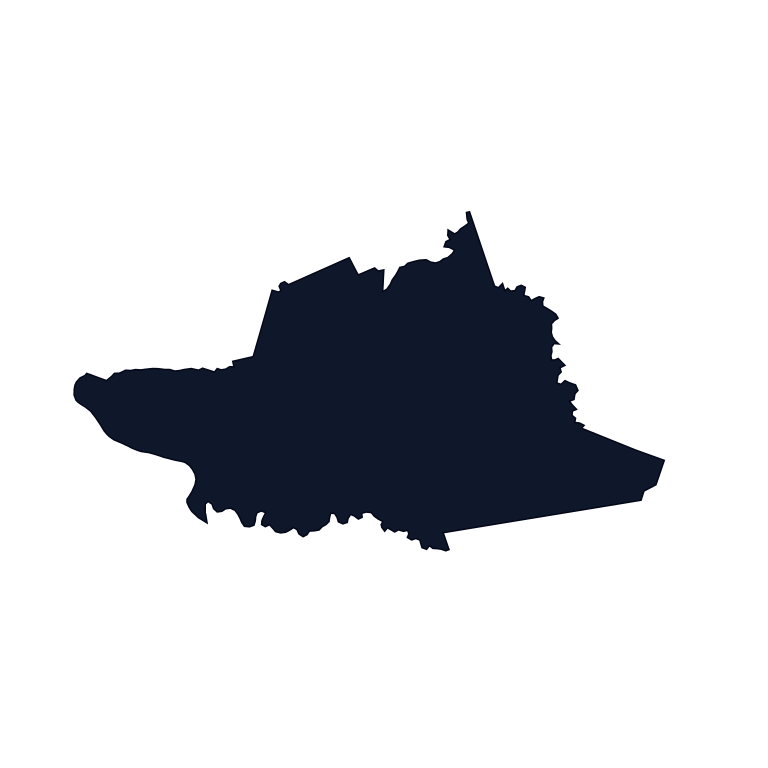 the district of Oberá, Misiones, Argentina, rotated 110°
{"feature_id": "61730980B41869558035533", "entity_name": "Oberá", "entity_type": "district", "adm_level": 2, "iso_a3": "ARG", "parent_name": "Argentina", "parent_adm1": "Misiones", "projection": "equal_earth", "projection_center": [-55.041, -27.479], "detail": "fine", "context": "isolated", "style": "filled", "palette": "ink", "viewbox_px": 768, "rotation_deg": 110, "n_neighbors": 0, "source": "geoboundaries", "source_scale": "gbopen_adm2", "svg_char_len": 4824}
<svg xmlns="http://www.w3.org/2000/svg" viewBox="0 0 768 768"><g transform="rotate(110 384 384)"><path d="M192.9,362.5L194.6,365.2L197.5,363.8L201.0,362.1L203.9,359.4L206.8,361.3L207.5,361.7L211.8,365.0L215.9,366.6L218.8,368.9L217.6,375.0L217.3,376.5L220.2,375.6L222.6,374.9L225.6,371.3L229.0,374.5L232.4,374.5L234.5,374.5L234.3,373.5L233.3,369.5L234.0,363.5L238.1,364.4L243.3,367.2L246.2,371.0L249.9,373.4L252.6,376.8L253.5,381.8L252.8,386.8L255.5,393.0L258.2,397.1L262.4,403.0L266.4,404.9L269.0,409.0L273.3,409.5L277.5,410.2L283.5,411.9L287.8,412.1L293.9,413.7L297.7,416.8L282.1,421.6L276.8,423.2L279.7,428.0L279.8,428.3L278.4,431.7L278.1,432.4L279.6,434.1L287.2,442.2L290.3,445.6L286.3,450.0L277.2,459.9L279.3,462.1L323.3,507.7L322.3,511.0L321.9,512.5L324.8,515.4L328.0,516.0L331.6,512.7L333.7,514.7L334.1,520.6L334.1,521.2L335.2,521.1L358.4,519.4L362.7,519.1L403.0,516.3L414.4,533.9L419.2,530.9L420.5,534.9L421.8,536.0L424.1,537.8L426.4,541.9L426.5,546.0L430.7,547.4L431.0,554.9L431.2,559.9L434.4,562.9L435.4,570.4L438.8,576.9L441.4,580.9L443.4,585.1L443.6,590.2L445.3,594.9L446.9,601.7L448.5,606.5L451.7,613.1L454.0,617.5L455.4,622.4L457.9,626.6L459.4,631.5L464.3,636.3L466.2,641.0L469.9,642.5L475.7,645.9L475.7,658.2L475.6,663.4L475.7,663.8L475.7,666.9L475.7,667.0L476.5,667.3L478.2,667.9L478.4,668.0L482.2,671.7L484.7,672.7L486.3,673.2L486.9,673.7L487.3,673.7L488.5,673.8L490.4,674.0L493.0,673.7L493.5,673.5L495.3,673.2L496.8,672.6L498.8,672.0L500.3,671.5L504.3,668.1L504.6,667.8L505.4,666.1L505.7,665.3L506.1,664.0L506.5,662.6L507.1,660.1L507.6,657.7L507.9,656.4L509.8,650.5L513.9,643.9L518.8,637.2L519.6,636.1L523.7,631.1L525.9,627.3L527.3,624.2L528.8,618.6L529.1,612.7L529.1,611.7L529.3,609.1L529.6,606.3L529.7,604.4L529.8,603.7L530.0,601.9L530.3,600.4L530.5,597.5L530.5,596.2L530.6,594.3L530.6,590.9L530.5,589.6L530.4,588.6L530.2,587.6L529.9,586.3L529.4,583.8L528.9,581.6L528.7,579.1L528.5,576.1L528.3,572.6L528.3,572.3L528.2,569.4L528.2,565.7L527.8,562.6L527.5,559.6L527.5,559.1L527.1,554.9L526.4,550.4L526.3,549.8L525.8,546.4L525.8,543.7L526.2,542.4L527.2,538.9L528.7,536.5L529.6,535.0L529.8,534.8L530.2,534.3L531.1,533.3L533.3,530.8L537.9,528.0L538.7,527.9L542.8,527.2L544.8,527.2L551.0,527.7L555.9,528.7L558.2,529.3L559.6,529.7L562.6,528.7L566.3,525.1L568.6,522.2L569.2,521.4L569.4,521.1L569.8,520.3L571.9,515.3L573.0,512.8L573.8,508.8L574.3,506.7L575.1,502.7L567.1,507.2L566.4,507.9L562.3,509.3L558.1,510.9L557.7,510.7L554.5,509.2L555.8,504.3L558.2,502.5L559.4,501.5L561.3,497.0L559.1,492.8L555.4,490.1L553.4,486.2L553.2,486.0L553.7,480.8L556.4,476.7L559.6,473.2L562.9,470.2L563.6,469.1L565.5,466.5L564.2,461.5L561.2,457.9L557.0,458.1L555.2,458.5L552.7,459.2L548.5,459.3L547.2,457.9L545.3,455.9L545.4,451.2L549.5,451.7L553.9,452.0L555.3,451.7L558.0,450.9L558.5,447.7L558.7,446.7L555.4,443.4L557.4,439.6L558.2,438.1L559.8,435.4L559.3,430.2L557.0,425.8L553.6,422.6L552.6,421.9L549.9,419.9L550.6,415.9L551.5,415.1L554.0,412.6L555.2,407.8L551.9,404.8L547.7,403.8L545.8,399.2L543.4,395.1L539.3,393.3L536.0,390.5L532.5,388.8L532.1,388.6L527.8,389.5L523.6,389.9L522.6,386.1L525.4,382.5L527.0,381.3L529.1,379.8L529.5,374.8L526.7,371.2L522.4,371.8L520.0,371.2L518.0,370.8L518.1,368.1L518.2,366.7L519.7,361.9L516.7,358.9L513.1,360.7L510.6,357.1L510.4,356.9L509.2,351.9L511.5,348.1L512.9,343.2L513.6,338.1L517.1,338.6L519.6,336.9L522.1,333.0L519.3,332.0L518.0,331.6L518.0,331.4L518.6,327.7L519.4,323.3L516.1,320.5L516.1,320.2L515.8,315.3L513.4,311.7L516.4,309.4L518.8,309.5L520.2,309.6L521.1,304.7L520.2,303.6L518.3,301.3L518.4,296.9L520.6,295.4L521.6,294.7L524.8,292.3L524.8,287.4L520.4,286.0L521.8,281.9L520.6,277.9L519.7,274.0L519.6,268.8L518.9,268.1L517.4,266.2L516.6,266.9L513.9,269.1L503.5,277.5L476.4,229.3L435.2,155.9L405.3,102.7L395.7,103.1L386.2,94.5L385.6,94.0L359.9,94.5L360.0,123.5L360.0,125.1L358.0,183.3L354.4,181.8L353.8,186.8L354.8,191.6L350.6,192.3L349.2,196.5L345.0,197.7L342.0,194.4L339.3,199.8L336.7,203.8L333.6,200.2L327.8,201.2L323.7,199.5L319.3,203.7L319.4,210.7L319.1,213.1L318.9,215.1L323.7,217.5L323.9,221.9L316.6,223.4L316.2,223.4L312.1,221.6L308.6,224.2L304.6,220.3L302.6,224.6L300.4,229.0L301.8,230.5L302.9,231.6L303.8,234.0L304.1,234.7L303.0,235.3L300.2,236.9L298.8,237.0L296.3,237.2L291.9,239.2L287.8,237.9L286.6,233.4L284.7,238.1L282.0,241.9L278.3,244.5L274.2,245.5L270.2,247.2L266.2,245.6L262.6,242.9L259.7,246.4L258.3,251.3L257.3,256.3L256.4,261.4L255.1,262.0L252.5,263.2L248.5,263.2L248.9,268.1L251.9,271.2L254.5,273.5L255.3,274.2L252.6,277.9L252.9,281.8L253.0,282.9L244.8,284.3L244.3,288.8L247.2,292.2L251.4,292.8L253.1,296.2L253.4,296.7L251.7,300.5L255.0,302.2L254.0,303.1L252.0,304.7L249.0,307.0L251.6,308.2L254.4,309.4L254.3,311.5L254.1,313.6L252.4,315.0L250.8,316.3L250.0,317.0L248.9,317.8L247.7,318.8L192.9,362.5Z" fill="#0f172a" stroke="#020617" stroke-width="1.5"/></g></svg>